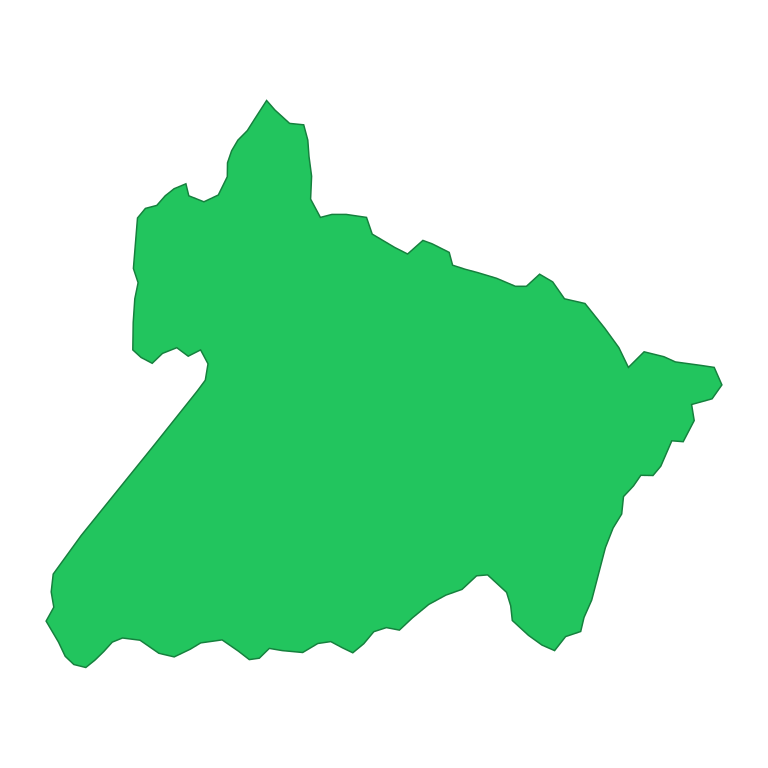 Pedra Bela, São Paulo, Brazil
{"feature_id": "56859067B20014671939660", "entity_name": "Pedra Bela", "entity_type": "district", "adm_level": 2, "iso_a3": "BRA", "parent_name": "Brazil", "parent_adm1": "São Paulo", "projection": "equal_earth", "projection_center": [-46.441, -22.765], "detail": "fine", "context": "isolated", "style": "filled", "palette": "green", "viewbox_px": 768, "rotation_deg": 0, "n_neighbors": 0, "source": "geoboundaries", "source_scale": "gbopen_adm2", "svg_char_len": 1682}
<svg xmlns="http://www.w3.org/2000/svg" viewBox="0 0 768 768"><path d="M721.9,384.9L714.2,367.4L701.6,365.5L675.3,361.9L663.9,356.7L644.1,351.8L628.4,367.4L618.9,347.7L604.8,328.3L585.0,303.5L564.5,298.8L552.7,281.9L539.6,274.2L526.4,286.3L515.4,286.3L496.6,278.3L477.7,272.6L465.3,269.3L452.6,265.2L449.2,252.4L432.3,243.9L422.9,240.4L407.6,254.0L394.8,247.5L372.2,234.1L366.5,217.4L346.1,214.4L332.0,214.4L320.4,217.4L310.6,199.1L311.6,176.2L309.0,156.5L307.8,140.1L303.7,124.8L289.6,123.4L275.0,110.1L266.6,100.5L254.6,119.1L247.3,130.6L237.9,140.1L231.6,150.8L227.5,162.8L227.3,176.7L218.3,195.0L203.9,201.8L188.8,195.8L185.9,183.8L174.1,188.7L165.2,195.8L156.8,205.4L145.4,208.4L137.5,218.0L133.4,268.5L138.1,282.7L134.8,298.8L133.2,322.6L132.8,349.9L141.1,357.5L152.2,363.3L162.5,353.4L176.8,347.7L188.2,356.2L200.6,349.9L208.0,363.8L205.3,380.2L197.2,391.1L155.2,443.8L81.1,535.6L53.2,574.1L51.2,591.9L53.8,607.2L46.1,621.1L58.5,642.1L65.2,656.3L73.8,664.5L85.8,667.5L95.2,659.9L103.9,651.4L112.3,642.1L122.5,638.0L140.0,640.2L158.9,653.3L174.2,656.9L190.3,649.2L200.7,642.9L222.1,639.9L238.3,651.1L249.3,659.6L259.3,658.2L269.3,648.4L282.3,650.6L302.7,652.5L317.8,643.5L330.8,641.6L342.4,647.8L352.8,652.8L363.8,643.7L373.8,631.7L386.4,627.6L399.4,630.1L412.5,617.8L428.8,604.4L445.9,595.1L462.0,589.4L476.6,575.8L487.6,574.9L506.6,592.4L510.7,605.8L512.3,620.5L528.4,635.3L542.0,645.1L554.6,650.6L565.6,636.6L580.7,631.5L584.0,617.5L591.7,600.1L605.4,547.6L613.1,528.0L621.7,514.0L623.5,496.6L633.5,485.9L640.8,475.3L653.0,475.5L660.8,466.2L671.8,440.8L683.2,441.7L694.2,420.6L691.6,404.5L712.1,398.8L721.9,384.9Z" fill="#22c55e" stroke="#15803d" stroke-width="1.5"/></svg>